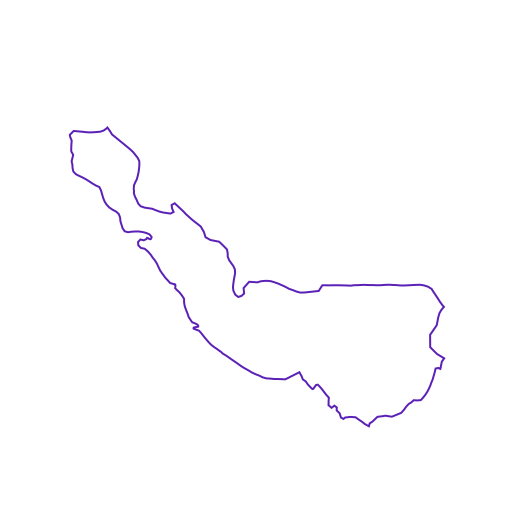 outline of Khayran Al Muharraq, Hajjah, Yemen, rotated 133°
{"feature_id": "15242507B46627972024874", "entity_name": "Khayran Al Muharraq", "entity_type": "district", "adm_level": 2, "iso_a3": "YEM", "parent_name": "Yemen", "parent_adm1": "Hajjah", "projection": "robinson", "projection_center": [43.359, 16.074], "detail": "fine", "context": "isolated", "style": "outline", "palette": "violet", "viewbox_px": 512, "rotation_deg": 133, "n_neighbors": 0, "source": "geoboundaries", "source_scale": "gbopen_adm2", "svg_char_len": 4430}
<svg xmlns="http://www.w3.org/2000/svg" viewBox="0 0 512 512"><g transform="rotate(133 256 256)"><path d="M165.1,83.8L164.9,85.6L164.1,90.0L163.1,93.8L162.1,97.9L161.2,101.8L160.3,105.2L161.2,109.5L163.0,113.2L165.1,116.3L167.8,119.1L170.4,121.6L173.4,124.5L176.4,127.4L179.1,130.3L181.3,133.2L183.7,136.0L186.2,139.0L189.0,141.8L189.3,142.1L192.0,144.6L195.1,147.8L197.8,151.0L200.4,153.8L203.7,157.6L207.0,160.8L209.5,163.3L210.3,164.2L213.1,166.5L215.9,169.8L219.0,173.3L221.4,176.0L224.1,178.9L226.8,181.7L229.2,184.3L231.7,187.0L232.3,187.5L238.8,186.3L249.8,195.8L252.4,198.5L252.9,199.3L254.3,202.0L255.9,205.9L257.4,209.3L258.5,213.5L259.7,217.1L261.0,220.8L262.5,224.3L264.2,227.8L266.2,230.5L268.7,233.1L271.4,235.4L274.3,237.0L279.5,243.4L287.9,243.2L291.6,239.1L293.9,239.3L295.1,239.4L298.1,241.1L298.4,244.8L296.8,248.9L294.5,251.6L291.7,253.7L289.0,255.6L285.9,257.6L282.9,259.5L280.2,262.3L278.8,265.7L278.1,269.3L277.3,273.0L276.7,274.2L275.8,276.2L273.2,278.7L271.0,281.7L270.8,285.5L270.7,289.2L270.7,292.7L275.4,300.3L276.3,304.2L276.7,305.7L273.9,310.6L272.8,314.3L272.1,316.4L272.4,320.3L272.8,324.4L273.1,328.5L273.1,332.1L273.2,335.8L272.9,339.5L272.9,351.4L276.3,352.5L278.6,349.6L280.0,346.3L283.3,347.5L285.4,350.5L287.6,353.7L289.4,357.0L290.9,360.6L291.2,361.3L292.2,364.1L294.3,367.1L296.6,370.5L298.3,374.3L298.0,377.9L296.5,381.2L295.2,384.8L293.5,388.0L292.0,389.2L290.5,391.0L287.6,393.4L284.3,394.6L281.8,395.3L281.1,395.5L277.4,397.5L274.1,399.5L271.4,401.5L268.7,403.6L266.2,406.1L265.6,407.7L264.9,409.5L264.3,413.4L263.8,416.9L263.8,420.4L264.1,426.1L264.5,431.9L265.3,444.3L264.3,447.7L263.4,452.3L264.6,452.3L268.2,453.0L271.3,454.7L273.8,456.9L276.6,459.5L279.1,462.0L281.4,464.8L283.5,467.7L288.9,474.6L294.1,474.8L294.4,474.8L294.5,474.7L295.8,472.8L297.3,469.5L300.8,466.7L304.9,463.1L305.6,462.1L306.7,458.7L312.5,455.4L314.5,452.5L316.9,450.0L318.8,447.1L318.9,445.2L319.0,443.4L318.0,439.9L317.9,439.7L316.8,436.2L315.8,432.3L315.1,428.5L314.4,424.5L313.6,421.0L312.4,417.6L313.8,414.0L316.2,410.0L318.0,406.9L319.5,403.6L320.0,401.5L320.3,400.2L320.6,396.4L320.2,394.1L320.0,392.5L318.9,388.6L318.9,384.9L320.6,381.6L322.1,379.9L323.0,378.9L324.8,375.8L326.6,372.6L327.5,369.0L326.8,367.6L325.9,365.8L323.1,363.6L320.7,361.3L320.3,360.9L317.8,358.2L315.7,355.1L314.0,352.0L312.8,348.5L313.3,345.3L314.9,344.5L315.8,344.7L316.4,345.8L316.5,346.9L317.0,348.0L318.4,347.7L321.0,348.8L322.8,351.8L326.2,351.8L328.5,349.3L328.6,345.7L326.6,342.3L326.4,338.2L326.8,334.2L327.1,332.8L327.6,330.7L327.8,329.5L328.2,326.7L329.2,323.1L330.7,319.5L332.0,316.1L332.8,312.5L333.1,310.7L333.7,307.9L333.9,305.1L334.0,303.8L334.3,300.4L332.8,297.3L332.6,296.5L332.0,296.3L332.0,295.6L332.3,295.0L334.7,293.1L334.8,291.0L334.8,287.0L335.4,283.2L336.4,279.4L339.2,276.7L341.3,273.9L342.3,272.0L342.9,270.7L343.4,269.8L344.5,267.4L346.5,263.7L347.5,259.8L348.0,257.4L347.6,256.5L346.9,254.8L346.1,252.0L346.4,250.7L347.1,250.1L349.0,251.5L350.1,252.3L350.8,252.7L351.4,252.5L351.7,252.0L351.4,251.3L349.5,246.8L349.7,243.9L350.3,240.0L350.6,238.1L350.8,236.3L351.3,232.1L351.5,228.4L351.5,228.2L351.2,224.7L350.6,221.0L350.2,217.4L350.0,216.5L350.0,213.6L349.2,209.9L348.7,206.3L348.2,202.7L347.6,198.8L347.1,195.2L346.6,191.4L345.9,187.9L344.8,183.5L344.0,179.5L342.6,175.3L341.3,172.1L341.1,171.5L340.2,168.4L338.4,164.9L335.9,161.9L333.7,159.0L331.3,156.4L328.7,153.4L327.3,151.7L326.4,150.6L323.7,149.5L311.4,145.0L312.9,140.4L314.3,137.7L313.8,134.0L314.6,130.5L314.9,125.1L314.8,124.0L314.0,123.5L312.8,123.7L309.4,124.1L308.0,123.1L308.0,121.7L308.3,117.7L309.0,113.7L309.6,110.0L309.9,106.1L312.2,104.3L315.4,101.4L315.7,101.1L315.6,100.9L315.5,97.2L312.0,96.6L311.7,93.6L313.9,91.7L314.0,87.6L316.2,83.7L315.5,80.9L313.4,80.7L309.4,77.3L306.1,73.3L305.6,69.6L305.0,65.8L304.7,62.9L304.7,62.0L303.8,58.3L303.5,57.3L300.9,58.7L297.6,57.9L294.3,57.7L290.8,57.5L286.5,53.9L284.5,52.4L281.9,48.5L280.8,47.0L271.7,42.8L267.6,42.9L263.4,43.4L260.0,43.4L257.2,42.6L253.9,42.3L251.6,39.5L249.0,37.2L245.7,37.2L242.1,37.5L238.6,38.1L235.3,39.0L234.4,39.3L232.0,40.1L228.8,41.5L226.9,42.2L225.6,42.7L222.1,44.5L218.8,46.2L215.8,47.9L213.3,46.1L213.3,45.3L212.9,44.2L211.5,44.9L209.7,46.1L206.6,48.0L202.5,48.6L204.2,56.7L204.2,57.5L203.9,66.4L194.9,74.9L183.4,76.6L180.2,78.6L176.7,80.8L172.8,82.8L169.4,83.6L167.0,83.8L166.0,83.8L165.1,83.8Z" fill="none" stroke="#5b21b6" stroke-width="2"/></g></svg>